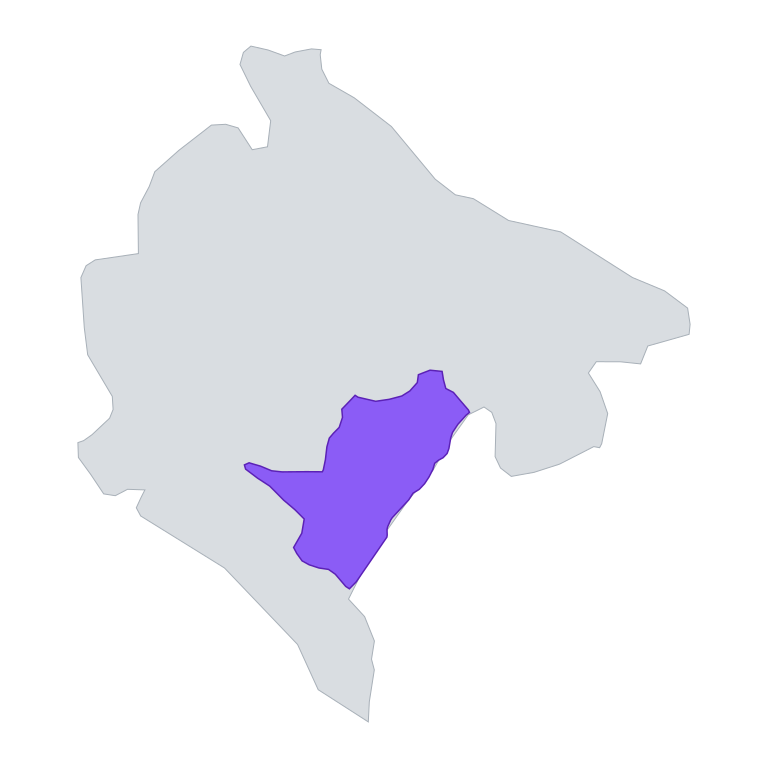 location of Podgorica within Montenegro
{"feature_id": "MNE-1517", "entity_name": "Podgorica", "entity_type": "Municipality", "adm_level": 1, "iso_a3": "MNE", "parent_name": "Montenegro", "parent_adm1": "", "projection": "natural_earth1", "projection_center": [19.345, 42.469], "detail": "fine", "context": "in_parent", "style": "filled", "palette": "violet", "viewbox_px": 768, "rotation_deg": 0, "n_neighbors": 0, "source": "natural_earth", "source_scale": "10m", "svg_char_len": 2162}
<svg xmlns="http://www.w3.org/2000/svg" viewBox="0 0 768 768"><path d="M321.1,49.7L320.2,54.7L321.8,69.2L328.9,83.3L354.2,97.8L391.4,126.5L435.2,179.2L455.3,194.8L473.4,198.7L508.6,220.5L533.2,225.9L560.7,231.9L632.4,277.5L664.6,290.9L687.6,308.1L690.1,324.3L689.1,334.3L647.8,346.0L640.6,363.9L620.6,361.8L596.3,361.7L588.4,373.0L600.1,391.7L607.7,413.6L601.7,443.7L599.6,447.7L593.8,446.6L559.6,464.1L534.2,472.3L511.3,476.4L500.5,468.0L495.1,456.6L496.0,423.6L491.8,412.4L484.0,407.0L468.3,414.8L450.1,440.3L433.1,470.0L407.7,501.0L386.7,530.7L364.0,568.1L348.5,599.1L364.6,616.6L374.4,641.0L371.5,659.2L374.3,669.9L369.3,701.8L368.3,721.9L318.2,689.7L297.6,644.5L224.5,568.0L140.7,516.0L136.3,507.8L140.9,497.8L144.9,489.9L127.5,489.3L115.3,495.7L103.7,493.9L90.7,474.4L78.4,457.5L77.9,442.6L83.5,440.7L91.9,434.8L109.6,418.2L113.1,409.5L112.3,396.4L87.7,354.8L84.3,327.8L80.9,277.6L86.1,265.7L95.2,259.9L138.4,253.6L138.0,214.5L140.6,202.8L149.2,186.6L154.8,171.7L178.8,150.4L211.4,125.1L225.7,124.3L238.1,127.9L252.2,149.7L267.5,146.8L270.7,120.7L250.7,86.4L240.0,64.5L243.4,52.4L250.9,46.1L268.1,50.0L284.6,56.0L295.1,52.0L311.5,48.9L321.1,49.7Z" fill="#d9dde1" stroke="#a8b0b8" stroke-width="1"/><path d="M469.5,412.4L466.2,415.1L457.9,424.3L452.5,432.5L450.7,438.1L448.9,448.6L447.1,453.5L443.1,457.7L438.5,460.2L434.7,463.3L432.9,469.4L429.0,477.0L424.6,483.7L419.3,489.3L413.0,493.2L408.7,499.9L392.3,517.6L390.7,520.0L387.7,526.6L387.0,529.5L387.2,535.0L386.9,537.1L356.2,581.9L349.4,588.8L345.7,586.4L335.3,574.2L328.5,569.4L319.0,568.0L309.2,564.8L302.1,560.9L296.8,553.5L293.6,547.5L301.8,533.2L304.2,519.0L294.8,509.6L283.7,500.2L276.4,492.8L269.6,486.0L257.6,478.2L245.6,469.1L244.4,464.9L249.1,462.8L253.8,464.2L260.4,466.1L271.7,470.8L282.2,471.9L306.4,471.7L322.3,471.8L323.3,469.9L325.4,459.7L326.9,446.8L329.3,438.1L333.3,433.4L339.2,427.4L342.5,417.4L341.8,409.2L350.2,400.5L355.1,395.3L358.0,397.2L375.7,401.3L389.3,399.3L401.8,396.0L409.8,391.0L417.3,382.6L418.4,374.7L430.0,370.2L442.1,371.4L443.5,380.0L445.8,388.5L453.4,392.4L459.9,400.1L468.4,410.0L469.4,412.2L469.5,412.4Z" fill="#8b5cf6" stroke="#5b21b6" stroke-width="1.5"/></svg>